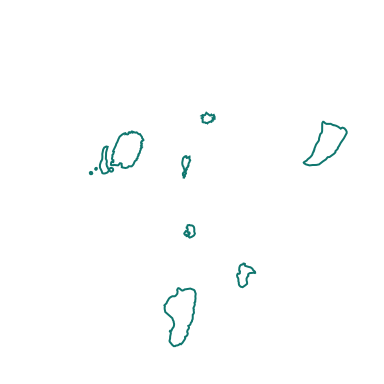 the district of Lomaiviti, Eastern, Fiji, rotated 34°
{"feature_id": "14151628B20319301670654", "entity_name": "Lomaiviti", "entity_type": "district", "adm_level": 2, "iso_a3": "FJI", "parent_name": "Fiji", "parent_adm1": "Eastern", "projection": "natural_earth1", "projection_center": [179.092, -17.678], "detail": "fine", "context": "isolated", "style": "outline", "palette": "teal", "viewbox_px": 384, "rotation_deg": 34, "n_neighbors": 0, "source": "geoboundaries", "source_scale": "gbopen_adm2", "svg_char_len": 6072}
<svg xmlns="http://www.w3.org/2000/svg" viewBox="0 0 384 384"><g transform="rotate(34 192 192)"><path d="M252.0,274.3L249.3,272.3L248.3,272.1L244.6,273.0L240.3,277.0L240.0,278.1L239.0,279.2L238.3,279.3L235.9,279.0L234.7,279.2L234.3,279.6L234.3,280.7L234.5,281.6L235.6,282.4L236.7,284.5L236.5,287.0L236.0,288.1L234.0,289.4L233.0,291.3L232.5,293.1L232.8,297.4L233.1,298.4L232.5,301.4L233.4,301.9L234.0,303.2L234.8,304.3L236.9,306.4L246.2,307.6L248.2,309.1L248.8,309.3L249.4,309.8L249.7,310.3L250.7,311.1L251.4,312.1L252.1,313.7L252.2,314.5L252.1,316.1L252.5,318.6L251.5,319.1L251.4,319.6L251.5,319.9L253.1,320.5L253.4,320.8L254.6,323.8L255.8,325.8L256.6,328.0L257.3,328.6L261.2,329.8L263.1,330.0L264.2,329.2L264.5,328.4L265.9,327.1L266.5,326.1L267.0,324.5L268.0,324.4L268.4,322.4L268.4,318.3L268.2,317.1L267.3,316.2L267.3,315.7L268.0,314.8L268.1,312.9L267.5,311.5L266.2,310.7L265.8,309.6L265.6,309.2L265.7,307.0L265.2,305.9L263.8,305.1L264.3,304.2L264.7,303.0L264.6,302.4L264.2,301.2L264.3,299.3L263.9,298.6L263.6,297.0L262.9,295.8L261.3,293.4L261.4,293.1L261.2,291.1L259.2,288.7L259.2,288.3L258.1,287.5L257.6,284.7L257.1,283.5L256.0,282.5L256.1,281.3L255.8,281.1L255.7,280.5L255.1,279.7L254.6,278.5L253.1,276.6L252.0,274.3ZM286.6,55.6L285.2,54.7L282.8,54.0L280.9,54.4L280.2,55.3L279.9,56.3L276.6,56.2L274.4,56.5L272.0,57.3L271.8,57.6L268.9,57.9L265.4,60.3L264.0,60.5L261.9,60.2L261.4,60.5L261.4,61.7L261.9,62.8L265.8,68.7L266.4,70.3L266.0,72.3L267.4,76.6L268.1,77.6L268.4,78.8L268.3,83.2L269.3,87.7L269.8,88.5L269.7,89.0L270.1,89.7L270.2,90.2L270.0,90.5L270.3,90.9L270.4,92.6L270.7,93.1L270.9,94.6L270.6,97.1L269.6,100.3L269.5,101.8L268.2,104.5L268.2,105.2L269.0,105.5L271.0,105.4L274.6,104.2L277.1,102.0L279.9,100.1L281.9,98.1L283.5,93.2L284.8,90.1L285.0,87.3L286.5,86.0L288.4,80.8L288.7,79.0L288.1,78.0L288.6,75.0L288.5,74.1L288.1,73.6L288.2,72.0L287.8,68.1L287.9,62.5L287.6,59.5L287.3,56.7L286.6,55.6ZM116.5,173.1L116.1,173.6L114.8,173.8L112.8,173.5L111.8,174.5L109.1,175.2L109.5,176.1L109.3,176.2L108.1,175.9L107.7,177.4L106.5,177.5L106.3,177.9L106.2,178.2L106.7,178.8L106.7,179.3L106.7,179.8L106.2,180.4L105.1,180.8L104.4,180.6L104.2,181.2L103.7,180.7L102.9,181.6L102.0,183.4L101.1,186.6L101.4,189.0L102.1,192.2L102.3,194.5L102.8,195.9L103.7,202.0L103.9,202.5L104.8,202.3L105.5,204.7L105.3,205.9L106.2,207.1L107.0,209.1L108.1,209.9L109.0,209.6L109.9,210.8L110.0,211.3L108.6,212.0L108.5,212.5L108.7,213.2L109.6,214.8L110.2,214.7L111.7,213.8L112.3,213.1L115.6,211.4L115.9,211.1L116.2,208.4L117.3,207.9L118.0,208.0L118.7,209.3L119.4,209.7L119.9,210.7L120.5,210.6L123.5,209.3L125.0,207.6L125.1,206.1L127.6,204.5L127.9,203.1L128.0,201.9L127.4,198.5L128.1,196.4L127.8,196.2L127.6,195.6L127.9,195.3L128.0,194.5L127.7,194.3L127.3,193.5L127.3,192.0L127.0,191.7L127.1,191.0L126.5,190.7L126.6,189.2L126.8,188.8L126.0,187.1L125.8,185.5L125.2,184.8L125.5,184.1L125.1,183.7L125.3,183.3L124.9,183.3L124.6,183.0L124.3,182.5L124.6,181.9L123.7,181.7L123.8,180.9L123.5,180.5L123.5,180.1L122.7,180.1L122.2,179.6L122.3,179.0L121.9,178.6L121.9,178.0L122.2,177.9L122.7,176.1L122.0,175.6L120.8,175.4L119.8,174.4L116.5,173.1ZM284.9,221.8L282.6,221.7L281.8,222.1L277.4,223.5L276.8,223.1L276.0,222.0L275.0,222.3L274.6,222.6L274.7,223.6L273.6,224.6L273.2,225.6L273.1,226.5L273.5,228.1L274.8,230.4L275.5,231.0L276.1,230.9L277.1,232.7L276.7,233.6L275.8,233.9L275.6,234.3L275.8,235.5L276.1,236.1L277.3,237.2L278.1,237.4L279.1,238.2L280.5,240.2L281.4,240.8L282.1,241.9L283.0,242.7L284.0,243.1L285.3,243.3L287.2,242.6L288.4,239.5L289.0,237.3L288.1,236.0L286.6,234.7L285.6,233.2L285.4,231.5L285.6,230.0L284.9,229.5L284.6,228.4L285.3,226.9L288.3,224.4L289.5,224.0L289.6,223.7L288.8,222.9L286.2,222.5L284.9,221.8ZM107.6,226.4L108.7,225.9L109.6,225.1L111.0,223.1L111.1,221.0L110.7,220.1L108.7,219.1L108.0,218.5L107.3,218.4L105.3,216.5L104.6,214.7L103.7,213.6L102.0,212.6L98.6,207.1L96.8,201.7L95.5,202.2L94.4,204.2L94.6,206.4L96.4,210.7L98.0,212.9L99.2,215.0L99.6,216.8L99.4,217.3L100.5,221.0L102.1,223.3L105.5,225.2L107.0,226.4L107.6,226.4ZM172.5,166.5L172.0,166.5L170.7,165.3L170.5,164.4L170.2,164.1L169.2,166.1L168.6,166.7L167.7,166.4L167.8,165.9L167.3,165.5L166.5,166.0L165.8,167.9L165.8,169.2L167.4,172.9L168.4,174.3L169.6,175.4L170.7,175.8L172.3,177.2L173.9,177.9L173.9,178.8L174.7,179.4L174.7,179.7L174.0,180.7L174.1,181.8L175.1,183.1L176.2,183.4L177.0,184.7L177.4,184.5L177.2,183.8L177.3,182.7L176.9,182.4L176.4,181.5L176.7,180.1L176.6,179.9L176.1,180.1L175.5,179.2L175.2,177.9L175.0,177.7L175.0,176.1L174.4,176.0L174.1,175.7L174.1,174.7L174.6,173.9L174.4,173.4L174.5,173.0L174.1,172.7L174.3,172.0L173.7,171.3L173.2,170.0L173.1,168.4L172.8,167.7L172.9,166.9L172.5,166.5ZM211.3,219.6L210.2,220.0L209.1,220.7L208.4,220.7L207.0,222.0L207.5,223.6L207.3,224.3L207.7,224.8L208.1,224.9L208.3,224.5L209.4,225.4L210.0,226.6L209.9,227.1L209.6,227.7L208.8,227.8L208.7,230.5L208.9,230.9L209.8,231.3L210.3,231.4L211.2,230.7L211.7,230.9L212.2,231.6L212.7,231.3L213.0,229.5L211.9,228.0L211.3,227.7L211.3,227.4L211.9,227.4L212.4,227.0L213.1,227.4L213.0,228.0L213.3,228.3L213.5,230.1L214.9,231.1L215.6,231.1L216.8,229.4L217.7,227.5L217.9,226.6L217.7,224.9L215.9,223.5L215.1,222.1L213.9,220.6L212.8,219.8L211.3,219.6ZM168.2,117.3L168.3,116.8L166.9,115.9L166.0,117.2L165.3,117.5L164.7,117.2L164.5,118.3L164.0,118.6L159.6,118.3L159.8,120.8L159.2,121.7L157.9,122.1L157.4,123.4L158.3,123.2L159.4,124.1L158.8,125.3L159.4,125.4L160.3,125.9L161.6,128.0L162.3,128.0L164.0,127.0L164.9,127.1L165.8,126.3L166.4,126.4L166.4,125.9L167.2,124.3L168.1,123.1L168.8,123.1L168.9,122.9L168.6,121.9L169.1,121.4L168.7,121.2L169.3,120.0L168.2,119.6L167.8,119.2L169.5,118.4L169.1,118.1L169.0,117.6L168.5,117.7L168.2,117.3ZM112.9,220.6L113.8,220.2L114.3,219.6L114.5,218.3L114.0,217.4L113.3,216.9L111.9,216.9L111.0,217.7L110.7,218.4L110.8,219.2L111.5,220.2L112.9,220.6ZM98.0,233.9L98.8,233.3L99.0,232.8L98.9,232.3L97.9,231.6L96.9,231.9L96.5,232.5L96.6,233.3L97.3,233.9L98.0,233.9ZM99.7,227.4L100.2,227.0L100.2,226.1L99.8,225.5L99.2,225.5L98.8,225.9L98.7,226.7L99.1,227.3L99.7,227.4Z" fill="none" stroke="#0f766e" stroke-width="2"/></g></svg>